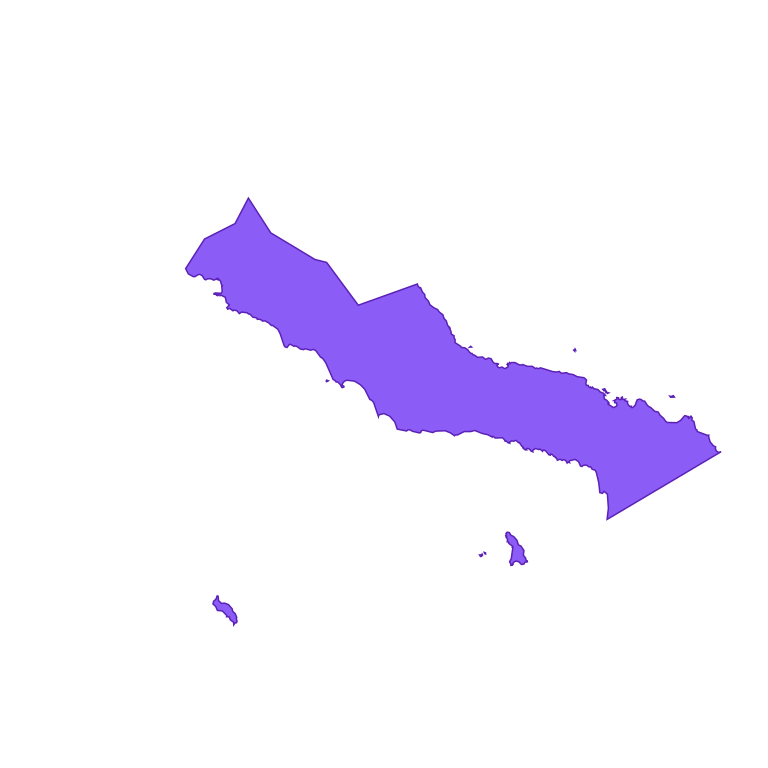 Ensenada, Baja California, Mexico, rotated 330°
{"feature_id": "50627088B13797450449328", "entity_name": "Ensenada", "entity_type": "district", "adm_level": 2, "iso_a3": "MEX", "parent_name": "Mexico", "parent_adm1": "Baja California", "projection": "orthographic", "projection_center": [-114.931, 30.193], "detail": "fine", "context": "isolated", "style": "filled", "palette": "violet", "viewbox_px": 768, "rotation_deg": 330, "n_neighbors": 0, "source": "geoboundaries", "source_scale": "gbopen_adm2", "svg_char_len": 6180}
<svg xmlns="http://www.w3.org/2000/svg" viewBox="0 0 768 768"><g transform="rotate(330 384 384)"><path d="M269.9,184.9L269.6,190.8L272.6,195.8L274.4,196.6L277.2,196.3L279.2,196.9L280.7,199.1L280.9,203.5L281.8,204.7L284.0,204.7L285.7,205.9L285.4,205.6L285.9,205.5L288.6,209.0L291.1,209.2L292.4,210.9L291.7,209.8L292.1,209.1L292.8,209.4L292.4,209.9L292.8,209.7L293.2,210.7L292.8,210.7L292.8,211.2L293.5,211.2L293.8,213.3L292.8,217.3L293.2,218.1L292.3,218.4L290.1,223.0L288.2,224.0L283.4,220.8L282.0,220.6L281.7,221.3L283.2,222.3L283.4,223.4L284.3,223.2L284.3,224.4L285.9,224.2L286.6,225.1L286.3,225.5L287.5,225.9L289.9,229.6L288.3,234.5L289.6,238.2L286.0,239.3L286.1,241.1L288.1,241.3L289.8,245.1L291.0,244.9L293.3,247.1L293.9,250.7L296.6,250.5L301.0,253.8L301.8,255.8L302.8,256.3L303.9,260.6L306.7,263.0L306.6,264.7L308.1,265.3L310.1,267.6L310.1,268.7L312.3,269.6L314.7,273.4L315.7,277.0L316.8,277.5L319.5,283.6L319.2,288.6L316.7,300.8L316.9,302.5L318.3,303.9L321.5,302.5L322.8,302.8L324.9,306.4L326.1,306.6L327.6,308.4L328.9,311.7L331.3,313.9L333.5,314.2L337.3,318.0L340.1,318.7L341.6,320.9L342.5,329.0L343.7,331.1L344.2,336.4L342.2,354.8L343.2,356.1L343.6,358.4L344.7,358.9L345.2,360.0L345.9,363.1L345.7,365.8L346.3,366.4L347.9,366.5L348.1,365.9L347.1,364.1L348.4,362.8L351.1,361.8L353.8,362.2L359.9,366.8L363.2,372.8L364.7,378.9L364.0,390.3L365.2,391.9L365.8,394.7L362.9,409.4L363.7,408.5L365.1,408.4L369.2,409.6L372.8,414.6L374.4,422.3L372.9,429.7L380.1,436.0L381.8,435.7L383.3,436.4L385.2,439.4L390.5,444.3L391.6,444.3L392.9,443.2L394.8,443.5L401.9,450.4L405.3,450.7L413.6,455.1L417.1,459.5L419.2,464.1L420.0,463.7L422.3,464.9L429.7,465.3L435.2,468.5L439.3,469.6L444.4,476.0L448.7,480.0L451.1,484.0L451.5,483.5L452.4,484.1L453.3,486.4L459.7,489.8L460.4,492.2L460.3,494.2L461.3,494.5L462.2,497.2L462.7,497.1L463.3,498.2L463.9,497.2L466.0,497.0L467.8,498.5L469.5,498.5L470.3,499.3L471.1,502.1L472.0,502.6L472.2,506.5L472.8,507.9L472.4,508.5L472.9,508.6L472.7,510.1L473.5,511.8L474.4,512.2L474.2,511.7L475.2,511.2L476.2,511.7L477.5,513.2L477.8,515.6L479.0,517.2L479.5,515.8L483.0,515.7L485.5,518.3L486.6,518.4L487.7,521.6L488.6,520.8L489.8,521.5L490.7,523.3L491.4,527.7L492.4,528.8L493.1,528.0L493.7,528.3L494.7,529.7L494.8,531.5L495.8,532.4L495.6,533.5L496.4,534.1L496.0,536.7L498.8,537.1L500.1,539.3L501.8,539.3L503.1,541.0L503.1,544.0L504.1,543.6L505.3,544.8L505.3,543.8L506.5,543.3L511.9,544.9L513.7,548.7L513.1,553.3L514.2,554.4L515.6,554.1L517.8,554.8L519.0,555.8L520.0,558.2L521.6,559.0L521.6,561.8L523.8,564.3L523.6,567.0L520.6,576.9L516.6,586.0L518.5,587.9L520.9,587.0L522.4,591.1L516.2,603.8L509.5,612.8L642.1,611.2L639.6,610.5L638.3,608.3L638.7,605.7L639.8,604.1L638.4,602.4L637.5,597.1L638.9,591.7L639.7,590.7L638.3,590.0L631.6,581.9L632.0,580.0L631.4,579.3L631.5,578.1L633.6,571.5L632.6,569.2L634.0,567.3L633.8,565.3L632.6,565.4L632.2,566.2L630.7,566.1L631.2,564.4L630.4,564.3L630.2,563.1L628.5,561.8L622.4,563.9L618.2,563.9L610.0,558.9L609.2,556.8L609.0,553.5L607.5,549.2L607.4,545.3L604.8,543.0L603.2,537.5L602.6,537.2L601.4,534.2L601.2,529.2L599.7,528.1L598.9,525.9L597.6,524.8L595.3,524.3L590.5,528.2L587.4,528.7L586.7,528.2L586.4,527.3L587.0,526.9L585.7,526.2L585.2,524.6L585.2,522.3L586.3,520.9L584.2,518.8L584.4,518.0L585.3,517.8L582.9,516.7L583.9,514.5L582.7,514.4L581.8,515.7L580.8,515.8L579.7,514.6L580.2,513.2L578.8,512.1L578.3,513.4L575.0,513.4L575.6,513.8L574.4,515.5L575.9,516.8L575.2,518.9L573.6,519.5L570.9,519.1L568.0,513.5L569.0,511.7L569.3,512.8L569.4,512.6L568.8,509.5L567.4,507.2L568.6,503.8L570.0,504.6L569.6,501.9L567.3,499.1L566.5,495.8L563.5,493.0L563.0,491.0L561.9,491.3L561.4,489.9L560.6,490.1L559.9,488.9L560.2,487.4L558.7,486.4L558.9,484.7L561.4,481.7L560.3,478.5L555.0,474.3L552.5,470.4L549.0,467.5L547.7,465.4L543.1,463.5L542.0,460.7L539.7,460.1L536.5,457.8L527.6,448.2L525.5,448.0L524.2,446.5L522.9,446.3L521.3,442.9L516.9,440.3L513.8,436.4L512.5,436.4L510.5,434.7L508.1,430.9L504.9,429.0L503.5,429.3L503.4,428.6L503.0,429.1L501.5,428.0L501.1,428.8L500.4,428.6L500.5,429.7L501.4,429.3L500.2,431.1L497.0,431.2L495.9,430.7L494.8,428.4L491.9,427.6L491.1,426.2L491.1,424.3L492.4,423.8L493.4,424.4L492.3,422.8L490.5,421.9L489.4,420.1L489.4,415.7L487.5,413.8L484.2,413.4L482.9,409.9L478.4,407.7L476.8,404.2L475.7,403.3L475.5,401.6L474.6,401.0L473.9,399.0L473.7,396.4L472.1,393.1L469.4,391.1L469.2,389.5L466.2,383.7L467.8,381.1L467.7,379.2L468.8,377.2L467.3,374.6L468.4,371.5L468.6,368.0L469.1,368.4L469.2,367.9L468.4,365.1L469.5,360.6L468.8,357.2L469.6,353.4L467.9,349.4L467.6,346.3L465.3,342.9L463.4,338.3L463.9,334.4L462.8,329.6L464.0,326.8L463.3,323.8L463.8,318.9L463.1,318.7L462.4,316.3L462.9,314.1L401.1,302.9L395.1,250.0L386.5,241.7L361.5,196.5L359.5,155.2L335.2,170.6L301.1,168.7L269.9,184.9ZM416.6,573.9L415.0,574.4L415.1,575.2L413.6,576.1L414.1,577.2L413.1,577.5L413.4,580.1L411.8,582.3L412.8,583.1L412.4,584.5L414.2,588.8L413.5,589.4L414.0,589.8L406.9,598.9L403.9,600.7L403.8,603.8L403.2,604.5L404.5,605.1L404.7,604.5L405.6,604.6L405.6,604.0L407.6,603.2L409.7,603.3L411.8,605.2L412.8,609.0L415.1,609.9L416.9,608.8L419.2,609.7L419.6,608.8L418.8,607.2L419.6,605.7L419.1,601.9L421.9,598.2L421.6,592.9L420.0,590.5L421.0,585.8L420.1,581.1L418.2,578.2L418.3,575.4L416.6,573.9ZM132.4,488.9L134.2,484.9L133.6,484.1L130.9,486.3L127.7,487.0L125.9,489.0L127.0,492.5L126.5,496.8L130.5,499.7L132.1,505.9L131.3,506.8L133.4,508.1L133.0,511.5L134.6,515.2L133.5,517.4L135.6,516.4L136.7,517.0L138.0,516.2L138.8,513.4L139.8,512.4L140.3,508.4L139.3,505.3L140.1,502.8L139.0,497.2L136.3,494.0L133.6,492.8L132.4,488.9ZM570.8,498.0L571.1,499.8L571.7,499.9L572.2,501.5L571.8,502.5L572.8,502.8L572.7,503.9L574.1,504.0L572.8,502.7L572.8,499.9L572.3,499.6L572.8,498.5L570.8,498.0ZM383.2,580.8L381.3,579.8L381.3,581.6L382.1,582.0L383.8,581.5L383.9,580.4L383.2,580.8ZM625.5,537.5L625.6,538.8L628.9,540.5L628.7,538.7L626.5,538.5L625.5,537.5ZM336.3,352.0L335.4,352.6L335.5,353.3L337.4,353.4L336.3,352.0ZM567.0,449.5L565.2,449.5L565.6,451.1L566.8,449.6L566.8,449.9L566.9,450.1L567.0,449.5ZM387.0,582.0L387.5,581.0L386.6,580.0L386.4,581.3L387.0,582.0ZM477.9,394.7L476.6,395.0L478.3,395.7L477.9,394.7Z" fill="#8b5cf6" stroke="#5b21b6" stroke-width="1.5"/></g></svg>